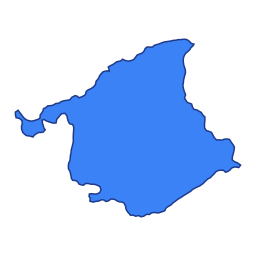 Vila Pavão, Espírito Santo, Brazil
{"feature_id": "56859067B60026023213016", "entity_name": "Vila Pavão", "entity_type": "district", "adm_level": 2, "iso_a3": "BRA", "parent_name": "Brazil", "parent_adm1": "Espírito Santo", "projection": "albers", "projection_center": [-40.648, -18.607], "detail": "fine", "context": "isolated", "style": "filled", "palette": "blue", "viewbox_px": 256, "rotation_deg": 0, "n_neighbors": 0, "source": "geoboundaries", "source_scale": "gbopen_adm2", "svg_char_len": 3189}
<svg xmlns="http://www.w3.org/2000/svg" viewBox="0 0 256 256"><path d="M89.9,201.2L93.2,202.1L95.7,201.4L98.7,201.1L101.4,199.8L104.0,200.0L105.9,201.5L108.4,200.9L110.9,199.0L114.5,199.3L117.2,201.0L120.0,202.0L122.1,202.0L124.0,203.1L125.4,205.6L126.0,209.0L127.3,211.5L128.9,213.3L130.4,215.2L133.3,215.2L135.6,216.2L138.8,215.6L141.0,216.8L143.7,216.2L146.6,214.3L149.4,214.5L151.8,212.8L154.7,212.5L158.2,213.0L161.6,211.9L164.6,210.9L166.4,207.6L169.1,206.0L171.1,204.8L172.8,203.1L175.2,201.3L178.1,199.1L180.7,197.6L184.1,195.3L187.7,193.1L190.8,191.2L192.4,189.6L194.2,188.5L196.6,187.3L199.9,185.8L203.0,183.6L205.9,180.7L208.0,178.8L210.5,177.6L212.3,175.6L214.0,174.0L215.8,171.8L218.3,170.5L220.4,170.2L223.4,170.3L225.5,172.2L227.8,171.5L229.7,170.2L231.7,168.0L234.8,166.9L238.8,167.5L240.6,165.1L237.4,162.8L234.5,161.7L232.2,159.8L232.4,156.7L233.1,154.3L234.0,150.6L234.4,147.1L233.1,144.7L231.3,142.3L229.5,139.4L226.2,138.9L223.7,139.4L221.7,140.2L219.2,139.8L216.6,140.0L214.4,137.8L212.9,135.1L211.6,132.5L209.3,131.4L206.5,130.7L204.6,128.0L204.5,125.9L204.6,123.0L204.9,120.1L204.9,116.9L202.9,115.1L201.3,112.5L199.1,111.2L196.8,109.9L193.8,109.3L192.5,107.1L191.6,104.0L187.2,102.4L184.5,98.0L185.6,94.8L184.1,91.0L183.5,88.8L182.9,85.5L183.4,82.5L183.6,80.1L184.3,77.0L185.5,72.7L185.3,69.7L184.5,67.3L183.7,64.8L183.4,62.4L183.2,60.0L183.7,56.9L185.3,53.7L188.0,51.4L189.7,49.8L191.0,47.6L192.7,46.1L194.0,44.2L191.3,43.4L189.3,41.2L186.7,39.5L183.8,39.2L180.8,39.6L178.2,39.6L176.1,40.2L173.7,40.3L170.8,41.0L167.4,41.5L163.8,42.1L161.3,43.0L159.2,43.9L156.7,44.6L154.2,45.4L152.5,47.1L150.2,47.1L147.1,47.0L145.3,48.4L143.8,51.5L141.7,53.3L139.3,54.1L137.0,55.2L135.6,57.2L133.5,59.7L130.8,60.6L128.0,61.2L125.0,60.4L122.5,59.2L120.8,60.9L116.6,61.8L113.1,64.4L110.0,65.9L108.2,67.1L109.0,69.1L109.3,71.3L107.2,70.8L105.0,71.2L102.8,72.0L101.3,73.6L99.8,75.4L98.5,78.4L96.2,81.1L95.3,84.9L93.2,87.1L90.7,88.8L88.2,89.8L86.2,91.4L85.4,94.6L83.8,95.8L81.7,96.8L79.0,97.8L77.5,96.3L75.1,95.6L71.9,97.3L69.8,99.8L66.6,100.4L64.0,100.7L61.1,101.6L58.9,103.2L55.9,103.5L52.5,105.4L47.7,105.9L45.6,107.8L43.5,108.6L42.9,111.1L41.7,112.9L40.2,115.0L39.9,118.4L37.2,119.6L34.8,120.4L31.5,121.2L27.3,120.3L24.5,118.5L22.8,116.6L20.6,113.6L18.1,110.3L15.4,112.1L15.4,114.6L16.1,117.7L19.6,118.5L22.1,120.7L22.2,124.1L21.5,126.0L21.6,129.1L22.8,132.5L24.5,134.1L26.2,135.5L29.9,136.1L32.9,137.0L34.7,134.8L36.8,133.4L38.7,132.5L40.8,132.5L43.2,132.1L45.2,129.8L43.9,127.9L43.2,125.5L42.4,123.0L42.2,120.1L44.2,119.5L45.9,120.7L49.3,122.0L53.1,123.1L56.0,123.0L56.8,119.3L59.0,116.6L61.5,113.8L65.0,113.3L67.0,116.0L67.4,118.2L68.0,120.7L69.6,123.8L72.7,124.4L73.7,127.2L73.7,130.0L73.4,133.0L73.3,135.4L73.2,138.0L73.4,140.2L73.0,143.2L72.1,146.8L71.3,149.8L71.1,152.5L70.4,155.5L70.2,158.3L69.9,160.8L68.7,162.9L68.3,166.1L68.5,169.0L69.9,171.3L70.6,173.9L71.1,176.3L71.4,178.5L72.7,180.3L75.8,180.6L77.9,182.0L79.0,184.1L81.7,185.0L83.8,185.1L85.5,183.5L88.1,183.5L91.0,184.2L94.6,184.3L97.4,185.3L99.9,186.5L101.0,189.7L99.9,192.3L97.5,193.8L94.7,194.1L91.7,193.7L89.4,193.9L89.0,196.4L90.2,198.1L89.9,201.2Z" fill="#3b82f6" stroke="#1e3a8a" stroke-width="1.5"/></svg>